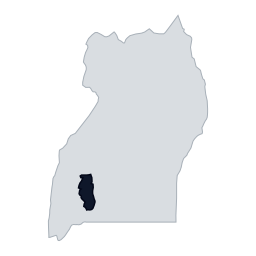 Uganda, with Kiruhura highlighted
{"feature_id": "UGA-3371", "entity_name": "Kiruhura", "entity_type": "District", "adm_level": 1, "iso_a3": "UGA", "parent_name": "Uganda", "parent_adm1": "", "projection": "equal_earth", "projection_center": [30.869, -0.246], "detail": "fine", "context": "in_parent", "style": "filled", "palette": "ink", "viewbox_px": 256, "rotation_deg": 0, "n_neighbors": 0, "source": "natural_earth", "source_scale": "10m", "svg_char_len": 2804}
<svg xmlns="http://www.w3.org/2000/svg" viewBox="0 0 256 256"><path d="M176.0,222.1L172.8,222.1L167.6,222.1L162.4,222.1L157.1,222.1L151.9,222.1L146.7,222.1L141.5,222.1L136.2,222.1L131.0,222.1L125.8,222.1L120.6,222.1L115.3,222.1L110.1,222.1L104.9,222.1L99.6,222.1L94.4,222.1L89.2,222.1L86.1,222.1L85.5,222.0L85.1,221.8L83.1,222.3L81.1,224.1L78.9,224.8L76.6,224.5L76.3,224.7L75.1,224.6L73.4,224.5L71.9,225.0L70.7,226.5L69.5,229.1L67.4,232.1L65.7,234.7L64.3,236.6L61.0,239.7L59.2,240.6L58.3,240.5L57.8,239.9L56.8,236.0L56.1,235.3L49.8,237.4L48.8,237.4L48.9,236.2L48.5,226.8L48.4,221.1L49.2,217.6L49.7,213.4L49.8,209.8L50.9,203.6L50.5,199.9L52.0,186.9L52.4,184.8L53.0,178.5L53.9,176.6L54.7,175.8L55.8,172.0L57.9,165.8L59.4,162.7L59.0,155.7L59.3,151.0L59.6,150.0L62.7,148.2L66.7,143.9L68.3,138.8L70.7,135.5L75.3,133.4L89.0,115.8L95.3,106.3L98.1,101.5L98.2,99.7L98.7,97.4L97.6,95.6L96.3,94.0L95.9,92.5L94.7,91.8L93.1,91.8L92.0,90.7L90.8,88.6L89.6,87.3L85.7,87.4L82.7,85.2L82.7,82.2L83.9,76.4L86.2,69.7L86.3,67.8L86.0,66.3L85.4,64.9L84.4,63.6L83.4,62.0L84.2,57.2L85.6,52.5L86.8,50.1L87.9,47.5L87.6,45.3L85.9,44.2L86.8,42.1L88.6,38.5L92.1,34.9L95.1,32.6L97.2,32.5L101.2,34.5L104.8,36.7L106.7,36.8L109.1,35.9L114.1,31.9L115.3,33.2L116.8,35.6L118.3,39.6L121.5,41.4L123.0,42.7L124.0,43.1L124.6,42.7L125.8,39.6L127.3,37.9L129.9,35.7L135.7,34.0L139.9,33.4L141.7,33.1L144.7,32.0L149.3,28.8L153.9,33.0L158.9,33.8L163.8,33.8L165.3,32.5L166.1,31.5L171.2,24.7L178.0,15.4L182.6,28.5L184.2,29.2L184.0,30.4L183.6,31.5L186.6,34.6L190.3,36.3L191.6,37.9L191.8,39.6L190.5,47.3L190.8,49.5L192.0,57.2L194.2,58.9L196.1,66.6L200.1,69.9L200.6,70.8L201.5,74.6L202.8,78.7L203.7,79.6L204.3,79.9L205.4,84.2L204.8,86.7L205.7,94.1L207.2,100.8L207.6,108.7L207.6,112.2L207.5,114.3L207.2,117.3L206.5,119.1L205.3,120.8L203.9,123.5L202.7,126.3L201.9,127.7L202.5,132.0L202.3,133.1L202.0,133.7L200.2,134.3L197.9,135.5L196.6,136.6L194.6,138.8L193.0,141.2L190.9,148.1L187.5,153.5L186.9,155.2L183.6,158.5L182.2,162.4L181.2,167.3L180.0,170.8L177.2,175.5L176.6,183.1L176.6,198.2L175.9,215.4L176.0,222.1Z" fill="#d9dde1" stroke="#a8b0b8" stroke-width="1"/><path d="M80.9,177.7L80.2,176.0L81.5,175.1L82.6,175.1L85.0,175.1L86.3,175.1L88.6,174.9L90.7,174.4L91.2,176.0L91.8,177.5L91.9,179.1L92.0,181.6L91.7,182.5L91.3,183.0L91.1,183.6L92.0,183.8L93.0,184.2L93.2,187.5L92.6,190.8L92.6,193.4L92.9,194.7L93.4,196.1L94.2,199.2L94.8,200.5L95.0,201.9L94.6,203.4L94.1,205.2L92.9,208.3L91.8,209.4L90.6,209.8L89.3,209.9L88.0,209.7L87.4,209.8L86.7,210.0L86.4,209.3L86.1,208.5L85.1,207.2L83.8,206.4L84.0,205.2L84.2,204.0L85.1,202.1L81.8,198.8L81.1,197.7L81.3,196.3L80.8,195.5L80.0,195.2L79.1,193.8L79.5,191.4L79.7,190.3L80.2,189.5L81.0,189.0L78.5,187.9L79.1,185.3L80.1,182.9L81.5,181.1L82.9,177.7L80.9,177.7Z" fill="#0f172a" stroke="#020617" stroke-width="1.5"/></svg>